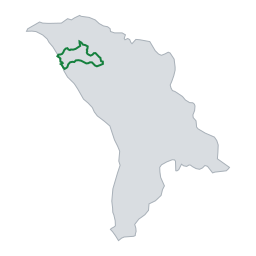 Rîşcani highlighted on a map of Moldova
{"feature_id": "MDA-1617", "entity_name": "Rîşcani", "entity_type": "District", "adm_level": 1, "iso_a3": "MDA", "parent_name": "Moldova", "parent_adm1": "", "projection": "equal_earth", "projection_center": [27.482, 47.936], "detail": "fine", "context": "in_parent", "style": "outline", "palette": "green", "viewbox_px": 256, "rotation_deg": 0, "n_neighbors": 0, "source": "natural_earth", "source_scale": "10m", "svg_char_len": 2694}
<svg xmlns="http://www.w3.org/2000/svg" viewBox="0 0 256 256"><path d="M26.5,31.3L27.7,28.8L39.6,22.0L42.6,23.1L48.8,23.4L61.4,23.1L67.6,18.7L71.4,19.9L74.5,17.9L79.7,15.4L80.4,15.9L81.1,16.3L89.1,17.4L95.2,19.9L99.2,23.6L103.4,25.9L107.7,26.8L110.1,28.7L110.5,31.5L114.6,32.9L122.1,32.9L125.4,34.8L124.2,38.5L125.0,39.8L127.7,38.5L129.7,39.6L130.8,42.4L132.0,43.7L135.9,39.4L140.0,39.8L149.8,41.6L155.2,50.7L158.5,54.0L161.4,55.3L165.0,53.9L168.2,52.2L170.1,53.0L174.1,59.1L175.1,67.0L175.1,70.2L173.8,75.6L171.8,81.3L170.2,85.0L171.0,88.0L172.4,90.6L174.8,91.4L182.5,96.5L185.4,100.0L189.6,102.6L192.8,102.8L194.4,104.2L195.0,106.0L194.6,110.6L192.9,114.9L193.2,117.6L196.0,120.8L196.4,124.6L196.6,127.1L198.1,128.9L205.2,133.1L214.4,137.1L216.8,140.6L218.2,145.0L217.9,152.3L217.4,158.8L229.5,167.4L228.2,169.0L226.3,170.8L214.9,172.1L212.6,172.9L207.5,166.3L204.9,165.5L202.5,167.9L199.6,169.3L196.1,168.6L192.4,166.6L190.5,165.1L189.0,165.0L186.7,166.4L183.6,165.8L181.5,164.2L178.7,169.7L176.9,170.9L175.8,170.7L175.5,161.3L174.6,159.9L172.3,159.7L166.7,161.9L161.5,164.8L159.7,167.4L159.9,172.0L160.7,177.5L164.4,185.9L162.5,189.6L161.1,195.4L155.4,200.8L149.0,203.9L148.5,210.3L144.9,214.7L138.8,219.1L134.7,224.4L135.8,228.0L136.1,231.4L135.4,233.8L135.2,235.6L133.6,236.3L124.2,237.0L121.6,238.1L118.5,240.6L115.6,235.9L112.6,231.7L110.4,229.4L111.4,228.4L113.7,227.2L115.4,225.8L115.2,220.8L113.9,215.1L112.8,212.3L112.6,208.0L111.8,201.2L112.9,188.8L117.5,173.1L120.1,165.3L118.8,161.1L119.7,151.2L117.7,146.3L114.5,139.9L109.9,126.0L104.3,121.2L97.3,115.9L94.3,111.9L92.3,107.5L88.2,103.1L83.5,99.1L77.8,89.1L74.9,84.6L74.0,83.4L67.5,77.0L64.1,71.2L62.4,66.4L61.4,62.1L56.9,53.4L52.9,46.9L49.0,42.3L47.2,39.0L42.6,34.9L36.1,31.6L31.9,31.1L26.5,31.3Z" fill="#d9dde1" stroke="#a8b0b8" stroke-width="1"/><path d="M64.7,68.8L64.7,68.6L64.4,68.4L63.4,67.7L63.2,67.4L62.9,66.8L62.2,65.7L61.5,64.6L60.8,64.1L62.7,63.1L62.3,62.4L61.7,62.2L61.0,62.0L60.4,61.6L60.4,61.1L60.3,58.9L60.4,58.5L59.4,57.5L58.1,56.8L57.4,56.2L58.4,55.0L58.4,54.7L58.9,54.6L60.5,54.5L62.1,53.9L63.3,52.3L64.2,50.2L65.7,48.6L67.4,48.2L68.4,49.5L69.9,50.1L70.9,49.5L72.1,49.6L73.3,49.6L75.6,48.9L80.2,45.9L80.1,45.2L79.6,43.3L79.5,41.5L81.4,42.6L82.9,44.6L85.3,45.1L87.7,46.4L87.4,48.9L86.9,49.4L86.8,50.0L87.1,50.7L87.2,51.5L86.9,52.0L86.8,52.7L87.5,53.9L88.5,54.6L90.6,55.6L92.5,54.7L93.8,53.2L95.5,53.1L99.2,57.0L100.4,57.8L100.6,59.2L101.1,61.2L102.8,61.6L102.9,63.9L99.9,65.2L96.9,66.3L95.0,65.5L92.0,62.4L90.0,62.3L88.3,63.2L86.3,63.4L81.1,60.7L78.5,60.2L75.9,60.4L74.3,62.0L72.4,61.8L70.1,62.3L68.2,64.4L67.8,65.8L67.3,67.1L66.4,67.9L65.4,68.5L64.7,68.8Z" fill="none" stroke="#15803d" stroke-width="2"/></svg>